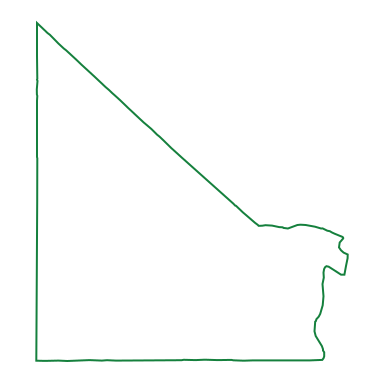 San Benito, Petén, Guatemala
{"feature_id": "79465075B93827188855866", "entity_name": "San Benito", "entity_type": "district", "adm_level": 2, "iso_a3": "GTM", "parent_name": "Guatemala", "parent_adm1": "Petén", "projection": "robinson", "projection_center": [-90.016, 16.973], "detail": "fine", "context": "isolated", "style": "outline", "palette": "green", "viewbox_px": 384, "rotation_deg": 0, "n_neighbors": 0, "source": "geoboundaries", "source_scale": "gbopen_adm2", "svg_char_len": 1472}
<svg xmlns="http://www.w3.org/2000/svg" viewBox="0 0 384 384"><path d="M329.8,231.2L327.3,230.7L322.6,228.4L321.1,228.5L315.0,226.7L305.7,225.0L300.4,224.7L297.4,225.0L287.9,228.5L283.4,227.9L282.7,227.3L279.2,227.1L272.1,225.6L265.5,225.2L262.3,225.7L260.0,225.8L258.6,225.8L257.8,224.9L255.0,222.8L242.8,212.3L236.0,205.8L235.2,205.6L233.4,203.7L181.7,157.5L171.0,147.8L164.8,141.7L163.8,140.7L159.5,136.6L157.0,134.6L151.5,129.1L148.0,126.1L143.5,122.3L139.0,118.1L128.4,108.2L119.9,100.0L114.6,95.2L112.1,93.0L108.9,89.9L105.5,87.0L94.8,76.9L81.5,64.7L76.5,59.9L66.0,50.2L63.9,48.6L58.4,43.5L49.9,34.8L47.5,33.0L37.0,23.0L37.0,55.8L37.3,78.8L37.0,79.7L37.5,80.9L36.8,89.4L36.9,94.5L37.1,95.2L37.3,95.9L37.0,100.6L37.0,157.0L37.3,158.3L37.2,201.7L36.3,360.7L44.9,360.9L58.5,360.6L67.3,361.0L89.5,360.1L101.9,360.6L107.0,360.2L116.1,360.6L181.6,360.2L183.7,359.8L195.5,360.1L204.8,359.7L217.8,360.1L231.4,359.9L233.4,360.3L243.7,360.7L252.7,360.4L309.7,360.4L322.3,359.9L323.6,358.1L324.2,356.3L324.2,352.3L323.0,350.5L323.0,349.2L321.9,346.1L315.7,336.0L314.5,331.3L315.2,321.6L315.9,321.0L316.4,319.2L318.7,316.7L320.2,313.9L322.7,305.3L323.5,296.3L322.5,284.1L323.8,277.6L323.5,272.6L324.1,269.1L325.0,267.3L326.4,266.2L328.7,266.7L341.1,274.7L344.4,274.7L346.0,266.0L347.6,258.2L347.7,254.5L343.6,252.6L341.0,250.3L339.0,247.4L339.7,242.5L343.2,238.4L343.1,237.5L342.4,236.9L334.6,233.7L332.0,232.5L329.8,231.2Z" fill="none" stroke="#15803d" stroke-width="2"/></svg>